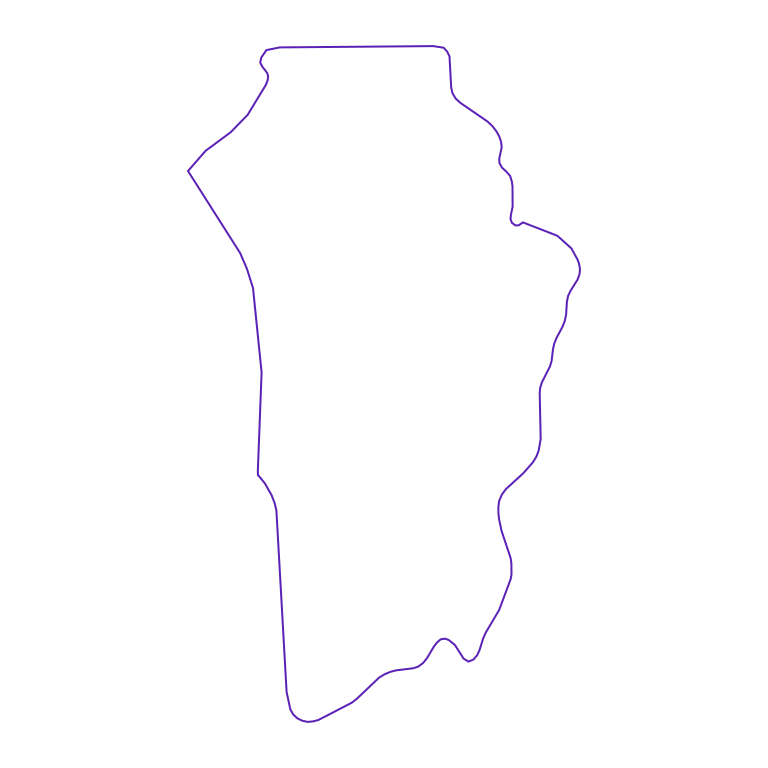 the District of Brokopondo
{"feature_id": "SUR-66", "entity_name": "Brokopondo", "entity_type": "District", "adm_level": 1, "iso_a3": "SUR", "parent_name": "Suriname", "parent_adm1": "", "projection": "mercator", "projection_center": [-55.026, 4.667], "detail": "fine", "context": "isolated", "style": "outline", "palette": "violet", "viewbox_px": 768, "rotation_deg": 0, "n_neighbors": 0, "source": "natural_earth", "source_scale": "10m", "svg_char_len": 1597}
<svg xmlns="http://www.w3.org/2000/svg" viewBox="0 0 768 768"><path d="M433.2,46.1L443.6,47.7L447.2,51.6L449.5,56.5L451.2,87.7L452.5,93.3L455.7,98.6L460.4,102.9L487.5,121.5L492.4,126.1L496.4,131.3L499.3,136.5L501.1,141.9L501.7,147.4L499.3,158.2L499.4,163.0L502.1,167.7L506.0,171.3L510.1,175.9L511.7,180.9L512.5,186.2L512.6,206.8L510.9,215.0L510.5,219.0L511.9,222.8L515.4,225.4L518.7,225.3L522.9,222.4L557.4,235.8L571.4,248.4L577.4,259.3L579.0,263.5L580.0,269.1L579.5,274.4L577.5,279.7L570.7,290.5L568.1,295.9L566.9,301.8L566.1,314.6L564.8,320.8L562.4,326.9L556.4,338.2L554.2,343.7L553.0,349.2L551.6,361.0L549.9,366.6L541.9,382.3L540.2,387.8L539.7,393.5L540.7,439.0L538.6,450.9L536.3,456.7L532.9,462.3L523.2,473.3L505.9,489.1L501.8,494.7L499.1,501.1L498.4,506.9L498.4,513.3L499.1,519.4L501.5,530.7L510.6,558.0L511.4,563.3L511.5,574.5L510.7,579.0L499.2,609.9L485.7,632.7L483.1,638.6L479.6,649.9L477.2,655.2L473.5,659.5L468.5,661.6L463.6,658.6L454.9,645.0L448.8,640.0L445.2,638.7L440.7,639.3L436.8,642.7L433.5,647.2L427.2,657.9L423.1,663.0L418.2,666.6L413.1,668.3L396.4,670.3L390.5,671.8L384.7,674.2L379.0,677.7L357.0,698.6L351.8,702.7L318.4,720.0L313.1,721.4L307.7,721.9L302.2,720.7L297.3,718.3L293.0,714.2L290.3,709.2L286.6,692.0L276.4,510.5L274.7,503.3L271.6,495.2L264.9,483.4L258.8,475.9L258.4,475.7L258.0,475.3L257.8,471.8L261.6,372.5L253.0,288.0L246.9,268.7L240.1,253.0L188.0,171.0L205.6,150.8L230.6,132.3L247.6,114.9L265.9,84.8L267.7,80.1L268.1,76.6L267.4,73.4L265.2,70.3L262.6,67.1L260.2,62.6L261.3,57.5L266.4,50.1L279.8,47.4L433.2,46.1Z" fill="none" stroke="#5b21b6" stroke-width="2"/></svg>